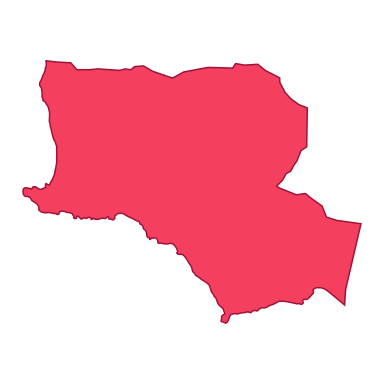 Anse Chastanet, Soufrière, Saint Lucia (Mercator projection)
{"feature_id": "8701671B43516735791505", "entity_name": "Anse Chastanet", "entity_type": "district", "adm_level": 2, "iso_a3": "LCA", "parent_name": "Saint Lucia", "parent_adm1": "Soufrière", "projection": "mercator", "projection_center": [-61.072, 13.864], "detail": "fine", "context": "isolated", "style": "filled", "palette": "rose", "viewbox_px": 384, "rotation_deg": 0, "n_neighbors": 0, "source": "geoboundaries", "source_scale": "gbopen_adm2", "svg_char_len": 5864}
<svg xmlns="http://www.w3.org/2000/svg" viewBox="0 0 384 384"><path d="M279.7,77.9L265.2,70.4L257.8,64.3L244.5,65.1L235.6,63.6L232.6,68.1L208.1,67.4L183.6,72.0L172.5,78.1L152.5,71.2L143.5,65.9L134.6,66.6L130.9,69.7L125.0,68.9L119.8,70.4L98.3,68.9L89.4,69.7L76.8,69.7L70.8,62.8L56.7,62.0L46.1,60.8L45.8,61.4L46.4,62.1L46.2,63.7L46.3,65.9L45.8,67.2L45.3,68.0L45.3,70.1L44.9,70.9L44.8,71.4L44.4,71.8L44.4,72.6L42.6,76.0L41.9,78.4L40.9,80.6L40.1,81.9L39.7,83.3L39.6,84.5L39.7,85.5L40.8,87.0L41.3,87.9L41.6,89.0L41.8,91.0L42.1,92.0L42.0,96.8L42.9,98.6L42.9,99.8L43.2,100.7L45.4,102.1L46.2,104.0L46.8,104.6L48.0,106.6L48.6,108.4L49.5,112.2L49.6,115.4L49.3,121.3L50.2,124.5L50.2,126.0L50.8,127.9L52.3,134.4L53.4,138.4L54.0,139.9L54.8,141.1L55.5,142.7L56.0,144.7L56.4,145.3L56.7,146.9L56.7,150.8L56.7,151.9L56.8,152.9L56.7,157.1L56.6,158.1L56.8,161.5L56.6,162.6L56.3,164.9L55.8,167.4L55.8,168.0L55.3,169.4L55.2,170.5L54.4,174.5L53.7,176.2L52.6,178.8L51.9,180.2L51.6,180.9L51.0,181.7L50.6,182.4L50.3,183.1L50.2,183.8L49.0,185.2L46.3,183.7L45.9,183.7L45.6,184.0L45.5,185.0L45.5,187.4L45.3,187.7L44.9,187.9L44.5,187.9L41.3,189.2L40.6,189.3L39.0,189.1L35.5,186.7L34.8,186.7L34.4,187.0L33.8,187.1L33.6,186.8L32.9,187.0L31.9,188.4L31.2,189.0L30.9,189.1L29.9,188.4L29.4,188.4L26.9,187.9L26.1,187.9L25.7,187.7L24.7,188.0L23.8,188.4L23.3,189.2L23.0,191.4L23.4,194.4L24.4,195.6L25.1,196.3L26.3,196.5L27.7,196.4L30.1,197.6L30.6,198.1L31.3,199.8L32.2,200.8L35.2,202.6L36.9,204.0L37.7,205.0L38.5,206.1L38.9,207.9L38.8,209.7L39.2,210.4L41.1,211.8L42.1,212.3L43.6,212.5L44.5,212.8L47.0,212.7L47.6,212.6L49.6,212.5L50.9,212.9L52.7,213.2L53.8,213.6L54.0,213.5L55.2,213.4L56.2,213.8L56.8,214.3L57.6,214.5L58.9,214.1L59.2,212.6L60.0,211.6L61.0,211.3L62.3,211.1L63.9,211.4L64.9,211.5L66.8,212.5L68.4,212.5L70.1,212.8L72.0,213.4L72.7,214.5L73.6,216.0L74.1,216.9L73.9,217.5L73.6,217.7L74.4,218.4L74.8,218.6L75.5,218.4L76.0,218.5L76.5,218.3L76.6,216.9L77.2,216.0L77.8,216.1L78.3,216.4L80.8,218.8L81.8,219.1L83.6,217.7L84.2,217.8L85.5,218.3L86.1,218.4L87.1,218.1L88.3,217.3L89.3,217.4L90.4,217.7L91.2,218.0L91.5,218.8L91.1,218.9L91.1,219.2L91.2,219.4L91.5,219.5L92.8,218.9L93.5,218.4L94.0,218.5L94.7,219.0L95.7,219.3L97.7,219.3L100.1,218.7L100.7,218.7L101.1,218.4L101.9,218.1L102.4,218.1L103.8,218.4L104.7,218.5L105.3,218.4L105.9,218.2L106.2,217.9L106.7,217.6L107.5,216.8L107.8,216.6L108.0,216.6L108.3,216.7L108.9,218.1L108.9,218.4L109.1,218.8L109.4,219.2L110.7,219.2L111.2,219.3L111.5,219.4L112.4,219.8L113.1,219.9L114.1,219.2L114.7,218.4L114.8,217.1L114.7,216.9L114.7,216.7L115.0,215.8L115.3,215.5L117.5,213.8L117.8,213.6L118.1,213.5L118.6,213.4L119.1,213.5L120.0,213.3L121.0,213.4L121.7,213.4L122.9,213.6L123.8,214.0L128.2,216.6L129.7,217.3L131.9,218.2L134.9,219.8L135.9,220.4L137.6,221.1L138.5,221.4L138.9,221.7L139.3,222.1L139.7,222.8L139.9,223.7L140.0,224.0L140.3,224.2L141.1,224.3L141.5,224.5L142.9,226.3L143.1,226.9L143.4,228.6L143.5,228.8L144.9,229.9L145.6,230.8L146.1,231.7L146.5,233.2L146.7,234.0L146.7,234.7L146.9,236.0L147.1,236.5L147.6,237.2L148.2,237.5L148.8,237.7L149.3,237.7L149.5,238.3L149.6,239.1L149.7,239.4L150.1,239.4L150.5,239.2L151.5,238.2L151.8,238.0L152.0,238.0L152.6,238.1L152.9,238.1L153.2,238.1L154.5,238.0L155.5,238.0L156.3,238.4L156.6,238.6L156.8,238.9L157.4,239.8L157.6,240.5L157.8,241.5L157.7,241.9L157.9,242.6L158.3,243.1L158.8,243.2L160.2,243.1L163.8,243.7L164.5,243.8L165.9,244.0L166.7,244.0L168.5,243.7L170.6,243.4L171.3,243.6L171.7,243.6L173.0,244.0L173.4,244.3L175.6,246.7L176.3,247.8L177.1,249.7L177.5,250.6L177.4,250.9L177.6,251.6L177.6,252.0L176.8,252.9L176.9,253.2L177.6,253.9L178.0,254.2L178.8,254.4L180.0,254.2L181.9,254.5L182.8,254.8L183.4,255.2L183.8,255.5L184.5,256.2L185.2,257.2L186.0,258.1L188.0,261.4L189.1,263.3L189.9,264.4L190.3,264.9L190.6,265.1L190.9,265.7L191.2,266.3L191.6,267.6L191.9,268.2L192.5,271.1L193.3,272.3L194.5,273.2L194.8,273.5L195.4,275.1L196.1,275.7L196.7,276.0L197.1,276.1L198.0,276.8L200.2,278.3L201.0,279.1L201.3,279.4L204.0,281.0L206.5,282.7L207.9,283.7L208.3,284.3L208.8,284.7L209.1,285.1L209.9,286.7L210.1,287.5L210.7,289.4L211.3,291.3L211.8,292.3L212.0,292.7L212.8,293.6L213.3,294.3L214.1,296.2L215.5,297.6L216.4,299.1L216.6,299.5L217.3,302.0L217.9,303.4L218.6,304.4L219.5,305.5L220.7,306.6L221.7,307.4L222.8,308.4L223.2,309.0L224.1,311.8L224.8,313.1L224.8,313.3L224.4,314.2L222.8,315.1L221.7,316.1L221.6,316.4L221.6,316.6L221.5,319.5L221.1,320.4L221.1,321.0L221.3,321.5L223.9,322.3L224.4,322.5L225.1,323.0L225.4,323.1L225.8,323.2L226.4,322.9L226.8,322.6L227.4,321.8L228.4,320.2L229.3,317.4L229.8,316.2L230.1,315.7L230.4,315.2L230.8,314.8L231.2,314.5L232.2,314.1L234.1,313.7L234.8,313.7L235.7,313.7L238.1,313.9L238.7,313.7L239.7,313.2L240.1,313.1L243.1,312.8L246.2,312.2L247.0,311.9L248.3,312.0L248.9,312.2L249.7,312.4L250.2,312.6L250.5,312.7L250.8,312.6L251.2,312.4L251.6,311.8L252.2,311.2L254.3,310.5L254.9,310.5L255.7,310.6L256.7,310.9L257.5,310.8L258.0,310.5L258.4,309.7L259.2,309.1L259.8,308.8L261.4,307.8L262.7,307.8L263.8,308.0L265.2,307.7L267.6,306.7L270.8,305.0L271.6,304.9L273.7,304.1L278.2,301.7L279.0,301.4L280.4,301.3L282.6,301.2L285.7,301.5L292.5,302.8L296.9,303.8L299.3,303.6L299.5,303.5L300.6,304.3L301.3,304.3L302.7,303.7L303.3,302.7L302.7,301.1L302.7,300.6L302.9,300.1L303.1,299.7L304.0,299.3L305.1,299.3L305.8,299.5L306.5,299.5L307.6,299.0L308.5,298.3L310.7,296.1L312.1,294.4L312.9,293.7L313.4,293.0L313.5,291.8L313.2,290.6L313.3,289.5L314.0,288.8L315.4,288.1L316.5,287.7L320.2,287.7L321.6,287.9L322.4,288.1L325.8,289.6L330.2,293.0L339.0,300.3L344.6,305.0L345.6,289.5L361.0,223.7L356.5,223.1L336.7,220.4L326.5,217.1L322.0,206.0L311.8,198.7L305.4,193.5L296.4,194.8L279.8,188.2L276.6,186.2L282.4,180.3L286.2,173.7L290.7,171.1L293.9,165.2L297.1,160.6L300.9,150.7L306.7,146.8L307.3,107.9L299.0,104.7L290.7,98.7L284.9,92.2L279.8,82.3L279.7,77.9Z" fill="#f43f5e" stroke="#9f1239" stroke-width="1.5"/></svg>